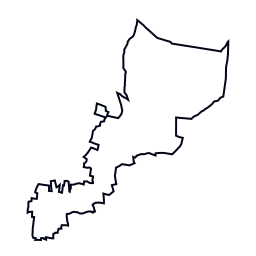 outline of Tekom, Yucatán, Mexico, rotated 177°
{"feature_id": "50627088B49357415641564", "entity_name": "Tekom", "entity_type": "district", "adm_level": 2, "iso_a3": "MEX", "parent_name": "Mexico", "parent_adm1": "Yucatán", "projection": "natural_earth1", "projection_center": [-88.348, 20.501], "detail": "fine", "context": "isolated", "style": "outline", "palette": "ink", "viewbox_px": 256, "rotation_deg": 177, "n_neighbors": 0, "source": "geoboundaries", "source_scale": "gbopen_adm2", "svg_char_len": 5779}
<svg xmlns="http://www.w3.org/2000/svg" viewBox="0 0 256 256"><g transform="rotate(177 128 128)"><path d="M226.5,21.0L224.3,21.1L220.8,20.7L220.6,22.5L219.8,22.5L219.0,22.5L217.9,22.4L217.9,22.0L217.9,21.8L215.6,20.8L215.6,23.2L210.4,21.9L208.4,21.7L208.2,25.2L208.0,26.3L206.2,26.8L206.1,27.2L203.7,27.1L203.5,28.5L203.2,29.3L202.6,31.0L199.8,31.0L199.9,32.4L199.6,33.5L199.3,34.4L195.4,34.2L193.6,33.8L192.9,33.7L192.9,34.3L192.9,34.9L192.9,35.8L193.1,36.3L193.3,36.7L193.4,37.2L193.4,37.5L193.5,38.1L193.5,38.7L193.5,39.2L193.5,39.5L193.6,40.0L193.7,40.7L193.7,41.2L193.9,41.9L193.6,45.4L193.3,45.5L192.7,45.3L192.3,45.3L192.1,45.3L191.1,45.4L190.8,45.5L190.6,45.7L190.3,45.8L189.8,46.0L189.4,46.1L188.9,46.4L188.5,46.6L188.2,46.7L187.9,46.9L186.3,47.1L186.0,47.1L185.7,47.0L185.5,46.9L184.9,46.7L184.5,46.7L184.2,46.6L183.9,46.6L183.5,46.7L182.8,46.4L182.6,46.3L182.3,46.1L181.9,45.9L181.6,45.7L181.1,45.5L180.8,45.3L180.6,45.2L180.4,45.2L178.4,45.0L178.0,45.0L177.4,45.1L177.1,45.2L176.8,45.3L176.2,45.5L175.8,45.6L175.4,45.9L174.4,46.1L174.0,46.2L173.8,46.3L173.4,46.4L172.8,46.5L172.3,46.6L171.6,46.6L170.7,46.7L170.1,46.7L169.9,46.6L169.5,46.4L169.0,46.3L168.9,46.1L168.3,45.7L168.0,45.5L167.5,45.4L167.3,45.4L167.3,45.6L167.1,46.3L165.4,46.3L166.1,49.5L166.5,51.1L167.4,53.1L167.2,53.2L166.9,53.4L166.6,53.8L166.1,53.9L165.9,54.3L165.6,54.6L165.2,54.7L164.9,54.8L164.5,54.9L164.0,55.0L163.5,55.0L163.1,55.0L162.8,55.0L162.5,55.0L160.3,55.0L156.0,54.0L155.8,57.5L156.0,63.8L153.4,62.9L150.4,62.1L145.7,65.5L147.1,71.8L142.6,72.6L143.2,77.1L143.3,78.2L143.5,79.9L143.6,80.9L143.5,81.6L142.8,84.4L142.7,85.7L142.3,86.9L142.3,87.9L142.1,89.1L140.9,89.5L138.8,90.4L135.8,92.2L128.4,90.6L123.4,92.5L123.5,92.6L123.6,93.2L124.0,94.1L124.1,94.7L124.2,95.4L124.1,95.6L124.1,96.0L124.2,96.4L124.2,97.0L124.2,97.4L124.2,98.0L124.3,98.8L124.1,98.7L123.8,98.4L123.6,98.4L123.3,98.4L123.0,98.3L122.5,98.1L122.0,98.5L121.7,98.8L121.2,99.2L121.0,99.6L120.8,100.0L120.3,100.1L120.0,100.1L119.3,100.3L118.7,100.5L118.2,100.7L117.2,100.9L116.6,101.2L116.4,101.3L116.1,101.2L114.9,101.1L114.3,101.1L113.5,101.0L112.9,101.1L112.2,101.2L111.6,101.4L110.3,101.7L109.9,101.8L109.6,101.8L109.1,101.8L108.4,101.9L107.9,101.7L107.6,101.6L106.7,101.2L105.6,100.6L104.9,100.3L104.4,100.2L104.0,100.0L103.5,99.8L103.0,99.6L102.5,99.3L102.0,99.1L101.9,100.7L101.7,101.3L99.6,101.4L98.5,101.4L98.4,101.4L95.9,101.4L93.4,101.2L85.6,99.5L85.3,99.4L82.2,102.1L79.1,105.0L78.4,105.8L77.2,106.7L76.7,107.5L75.4,109.6L74.8,112.0L74.5,112.9L73.8,115.3L77.4,116.3L80.4,117.8L79.4,136.0L76.9,135.6L64.1,133.8L62.5,135.4L61.3,136.1L57.5,137.6L53.7,140.7L52.5,141.2L51.8,141.4L49.8,143.0L48.6,143.5L45.7,145.3L44.9,145.9L43.7,146.8L42.4,147.9L40.7,149.9L40.1,150.1L39.2,150.2L36.7,150.6L34.3,153.3L31.2,154.4L27.7,172.2L26.9,183.6L25.3,190.1L24.3,196.6L23.3,209.2L23.9,208.7L26.2,204.7L30.4,200.9L31.0,199.6L61.8,206.2L79.8,210.0L80.6,211.0L81.2,211.8L94.0,216.4L105.7,228.0L106.9,229.6L113.1,235.3L113.9,230.3L114.8,228.5L115.9,224.3L117.2,220.8L118.3,219.1L120.2,217.9L121.7,216.9L123.7,214.3L124.2,212.0L127.8,206.1L127.6,204.3L128.9,200.6L129.3,190.4L129.5,189.3L129.6,188.8L129.6,188.4L129.5,188.1L129.1,187.4L128.8,187.0L128.4,186.2L128.2,185.8L127.7,185.3L127.5,184.9L127.4,184.6L127.3,184.1L127.3,183.9L127.3,183.5L127.5,183.0L127.8,182.7L127.8,181.9L127.9,181.2L128.1,179.9L128.1,179.4L128.1,179.0L128.2,178.4L128.3,177.4L128.4,176.9L128.4,176.3L128.4,175.5L128.6,174.4L128.8,173.5L128.8,173.1L128.8,172.3L128.8,172.0L128.9,171.7L128.9,171.0L128.9,170.8L129.0,170.2L129.2,169.8L129.3,169.1L129.3,168.5L129.4,168.2L129.5,167.2L129.5,166.7L129.5,166.1L129.6,165.9L129.6,165.3L129.6,164.5L129.4,163.1L129.1,162.7L128.4,162.0L128.1,161.5L127.9,161.1L127.6,160.5L127.5,160.3L127.4,160.0L127.2,159.1L127.1,158.5L127.0,158.0L126.9,157.7L126.8,157.2L126.7,157.0L126.5,156.2L127.1,156.7L127.8,157.4L128.4,157.8L129.0,158.1L129.6,158.5L130.3,158.8L130.7,159.0L131.6,159.7L132.1,160.1L132.6,160.5L132.9,161.0L133.1,161.2L133.9,161.9L134.1,162.2L134.4,162.5L135.2,162.8L135.8,163.1L136.4,163.3L136.9,163.6L133.7,151.6L132.8,145.6L133.8,142.4L134.3,141.7L135.5,140.3L136.0,139.7L136.5,139.2L136.9,138.8L137.4,138.4L148.4,141.4L146.7,144.9L149.2,146.2L149.3,150.3L153.9,152.5L155.4,153.1L157.8,154.1L158.6,150.2L158.9,148.0L160.6,144.0L149.6,139.6L150.9,138.2L151.5,135.9L154.7,135.6L155.7,133.6L155.8,131.8L158.7,131.1L159.8,131.1L160.2,129.9L161.3,128.3L163.1,126.9L163.7,124.2L164.6,120.5L164.6,120.0L165.7,118.6L166.9,116.3L165.0,115.6L163.1,114.6L158.3,112.7L159.1,109.0L159.7,107.6L163.1,109.3L165.8,110.4L168.8,106.3L171.0,103.7L173.8,101.4L170.9,99.1L171.1,97.5L171.4,96.7L172.0,96.0L172.8,95.3L173.7,95.0L173.8,93.1L174.2,91.3L172.9,91.0L170.9,90.4L168.7,90.6L167.0,89.5L168.5,82.4L165.4,81.5L165.9,79.0L166.4,77.4L165.8,76.3L165.9,74.8L168.6,75.0L170.3,75.8L171.4,76.8L174.7,76.9L175.2,73.9L177.0,74.6L179.7,75.4L181.8,75.2L184.2,74.5L186.3,74.3L188.0,74.4L188.3,70.8L189.1,69.2L189.5,67.4L189.9,67.7L189.9,69.1L190.1,77.6L192.4,78.5L194.1,78.4L194.2,77.2L194.9,74.0L195.9,74.2L197.3,66.8L198.2,67.1L198.5,67.4L199.0,67.4L199.5,67.6L200.3,67.8L199.1,74.7L200.1,73.9L201.4,73.1L202.5,72.5L203.4,77.0L203.8,79.4L207.9,78.9L207.8,77.0L207.8,75.8L207.9,73.7L207.6,70.6L207.5,69.0L208.4,69.2L210.2,69.3L209.8,74.6L211.7,75.0L215.6,75.7L220.2,76.7L220.8,75.8L221.8,74.3L222.9,71.9L223.4,70.8L223.7,70.0L224.0,69.3L224.0,68.5L222.0,67.6L222.7,62.1L223.7,62.1L224.5,62.2L225.8,62.5L227.2,62.8L227.9,63.0L228.2,60.1L229.6,59.7L230.7,59.8L231.2,59.4L231.4,58.8L231.6,54.4L232.3,52.4L232.7,48.7L230.7,49.4L228.1,49.4L228.3,46.8L228.5,44.2L226.4,44.0L228.0,34.7L228.4,32.8L228.6,29.5L229.0,26.1L229.0,25.4L228.8,24.7L228.4,23.3L226.1,23.0L226.3,22.0L226.5,21.0Z" fill="none" stroke="#020617" stroke-width="2"/></g></svg>